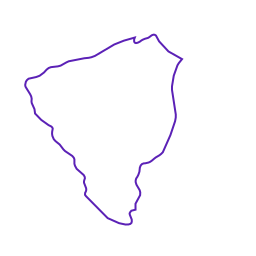 the border of Gorj, rotated 245°
{"feature_id": "ROU-123", "entity_name": "Gorj", "entity_type": "County", "adm_level": 1, "iso_a3": "ROU", "parent_name": "Romania", "parent_adm1": "", "projection": "orthographic", "projection_center": [23.299, 44.951], "detail": "fine", "context": "isolated", "style": "outline", "palette": "violet", "viewbox_px": 256, "rotation_deg": 245, "n_neighbors": 0, "source": "natural_earth", "source_scale": "10m", "svg_char_len": 1614}
<svg xmlns="http://www.w3.org/2000/svg" viewBox="0 0 256 256"><g transform="rotate(245 128 128)"><path d="M160.4,59.6L161.8,59.1L164.2,57.2L172.0,52.8L180.4,49.9L184.6,51.2L191.2,51.3L192.7,51.7L195.3,53.1L197.5,53.6L199.9,53.6L208.3,52.6L209.5,52.7L210.6,53.1L213.1,55.0L214.1,56.6L214.7,58.7L213.0,66.3L212.7,70.0L213.8,75.3L215.3,78.9L215.9,81.5L215.7,83.9L213.5,90.5L213.0,93.3L213.5,99.9L213.5,102.5L209.7,117.8L208.2,122.1L207.6,124.8L207.3,128.5L209.5,150.8L208.9,161.2L207.1,172.4L205.7,171.0L204.0,170.2L203.0,170.1L202.2,170.4L201.6,171.1L201.2,172.8L201.2,174.1L201.3,175.5L201.7,177.2L201.8,179.0L201.7,181.2L201.2,184.1L201.3,185.3L201.5,186.4L201.8,187.7L202.0,189.1L201.8,190.6L201.2,191.6L200.0,192.4L193.4,192.8L180.3,197.0L167.6,206.1L165.3,201.4L163.9,199.3L156.1,191.6L147.2,185.5L144.0,184.0L120.0,177.0L117.3,175.7L114.2,173.5L103.6,163.4L91.3,149.3L90.5,147.1L90.0,145.0L89.6,140.8L89.2,139.0L88.3,135.7L88.0,133.8L88.0,132.1L88.7,128.8L89.3,127.2L89.4,125.4L88.7,123.7L87.1,122.0L83.6,119.9L81.3,117.7L79.8,115.8L78.8,114.1L77.4,112.9L75.8,112.1L73.1,111.7L66.7,112.3L64.5,111.9L62.0,110.6L56.2,102.8L50.8,100.3L51.6,96.1L50.9,94.6L50.0,93.4L48.7,93.0L43.5,92.7L41.8,92.0L40.6,91.1L40.1,89.6L40.4,87.6L41.6,84.9L45.5,79.7L54.9,71.5L84.0,61.1L85.6,60.8L87.3,61.7L88.3,63.0L89.5,64.0L91.1,64.6L97.0,65.0L98.3,65.6L99.4,66.5L100.5,67.6L101.9,68.1L104.0,68.0L112.7,64.2L116.2,64.0L118.2,64.3L122.3,66.2L124.0,66.3L126.2,65.7L133.7,61.2L135.9,60.4L141.9,59.1L146.6,56.8L149.2,56.0L152.7,56.1L154.8,56.7L156.7,57.7L159.2,59.5L160.4,59.6Z" fill="none" stroke="#5b21b6" stroke-width="2"/></g></svg>